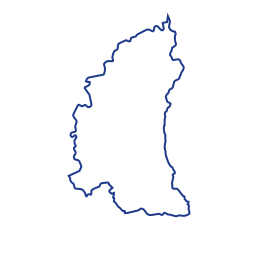 the border of Lérida, rotated 166°
{"feature_id": "ESP-5831", "entity_name": "Lérida", "entity_type": "Autonomous Community", "adm_level": 1, "iso_a3": "ESP", "parent_name": "Spain", "parent_adm1": "", "projection": "mercator", "projection_center": [0.993, 42.04], "detail": "fine", "context": "isolated", "style": "outline", "palette": "blue", "viewbox_px": 256, "rotation_deg": 166, "n_neighbors": 0, "source": "natural_earth", "source_scale": "10m", "svg_char_len": 4459}
<svg xmlns="http://www.w3.org/2000/svg" viewBox="0 0 256 256"><g transform="rotate(166 128 128)"><path d="M93.7,29.1L95.3,29.3L98.5,30.5L100.1,30.9L101.8,30.7L103.4,31.0L107.3,33.3L110.0,34.4L110.8,35.0L112.3,36.4L113.2,36.9L114.1,36.4L115.0,35.7L115.9,35.4L116.7,35.7L118.2,36.9L118.9,37.3L126.6,37.9L128.5,38.5L130.1,39.9L131.0,41.7L131.7,43.6L132.6,45.3L134.2,46.5L135.2,46.6L138.2,45.6L149.5,45.7L151.6,46.2L151.2,48.0L151.7,48.5L152.5,48.5L153.3,48.9L154.9,51.9L156.6,54.3L158.2,58.5L159.5,60.2L159.1,61.0L158.6,62.2L158.5,63.4L159.2,63.9L159.2,64.4L157.7,67.0L157.4,68.4L159.4,68.1L161.0,69.6L161.4,71.5L159.6,72.8L159.0,73.0L157.5,73.7L160.1,77.8L160.1,79.3L161.2,80.1L166.7,80.8L167.4,80.7L168.5,80.1L169.0,79.4L169.4,78.7L170.0,78.2L172.5,77.8L175.7,77.4L178.6,76.2L179.6,72.8L179.9,72.5L180.2,72.3L180.4,72.4L180.7,72.8L181.8,73.2L182.9,73.2L183.9,72.7L184.7,71.7L185.0,71.9L185.2,72.1L185.3,72.4L185.2,72.8L185.4,74.9L185.9,76.8L186.7,78.6L188.0,79.9L193.9,82.1L194.2,82.8L194.2,86.4L194.6,87.3L196.2,89.5L196.5,90.4L196.6,91.4L196.5,92.3L196.3,93.3L197.1,95.9L185.5,98.1L182.9,101.3L182.6,102.1L182.6,102.9L183.3,107.4L183.7,108.2L184.2,108.8L187.0,110.3L187.4,110.8L187.6,111.8L187.5,112.9L187.2,113.9L186.6,114.6L185.6,115.3L185.3,115.6L184.9,116.5L184.7,117.0L184.7,117.5L185.5,120.6L185.3,121.7L184.8,122.2L183.6,122.6L183.2,123.1L183.1,123.8L183.5,125.9L183.4,127.2L183.1,128.4L182.5,129.4L180.5,131.2L180.3,132.1L180.4,133.1L180.8,133.6L181.3,133.8L183.5,132.8L184.2,132.8L184.8,133.1L185.4,134.0L185.5,135.0L185.2,135.9L184.5,136.7L183.6,137.2L180.7,137.1L179.9,137.4L179.2,138.2L179.0,139.1L178.9,142.2L176.4,146.3L176.3,147.7L178.0,152.0L178.1,153.2L177.8,154.4L171.4,161.9L170.7,162.4L169.9,162.4L167.7,160.4L166.9,160.2L164.3,160.8L163.5,160.4L161.9,158.1L160.9,157.7L159.7,157.8L158.7,158.3L157.9,159.3L157.7,160.1L157.4,169.6L160.3,177.0L160.2,177.8L155.9,178.8L154.5,180.0L154.1,182.0L155.8,182.3L157.5,183.5L156.1,185.4L154.2,186.5L139.3,185.7L138.7,185.9L138.1,186.4L136.6,189.1L135.8,192.2L135.9,195.0L135.7,196.1L134.7,196.9L132.3,197.7L131.1,197.8L127.1,196.6L126.3,196.8L126.1,197.5L126.2,199.5L126.1,200.3L124.6,203.4L122.6,205.9L119.5,206.8L118.8,207.6L117.6,210.9L116.6,212.1L109.4,213.6L108.5,213.5L106.1,211.8L105.3,211.6L104.7,211.9L104.4,212.4L103.8,213.7L102.7,214.9L98.4,214.9L96.4,216.5L85.9,218.9L83.6,218.3L81.3,216.2L80.5,215.8L79.8,216.1L79.2,216.8L78.5,218.7L77.8,219.6L76.8,220.1L75.8,220.1L74.9,219.7L74.2,218.8L72.4,215.3L71.7,214.7L70.8,214.5L69.9,214.9L69.3,215.7L68.8,221.6L64.5,221.3L62.2,226.9L61.7,224.0L61.5,221.3L63.8,216.1L63.5,214.0L62.6,212.4L61.4,211.2L59.9,210.4L59.2,210.2L58.9,207.8L60.2,205.9L61.1,202.6L61.2,200.2L61.1,197.9L61.4,197.2L62.3,196.3L64.9,195.5L65.6,195.2L65.9,194.9L66.0,194.6L66.0,194.4L66.2,194.0L66.6,193.3L67.1,192.5L68.8,190.4L69.3,189.6L69.6,188.9L69.2,187.8L68.8,187.0L68.6,186.0L68.5,185.1L68.5,184.2L68.0,183.2L67.3,182.9L66.4,182.8L65.4,182.9L62.7,182.5L61.9,182.1L61.4,181.4L61.1,180.5L60.7,177.8L59.4,174.8L59.3,173.9L59.3,172.9L60.6,170.9L62.8,168.9L64.0,166.9L64.6,166.1L65.3,165.6L65.5,165.0L66.0,164.1L66.4,163.7L67.0,163.3L67.7,163.1L70.8,162.5L71.7,161.9L72.5,160.9L73.4,158.9L74.6,156.9L75.0,156.4L75.5,156.0L76.3,155.7L78.0,155.3L78.8,154.7L79.4,153.8L80.2,152.4L81.5,151.5L82.3,151.2L82.8,150.4L83.4,149.7L83.8,148.9L83.6,144.8L83.4,144.0L83.1,143.5L82.3,142.9L81.0,141.7L80.9,141.0L81.3,140.2L81.8,139.5L82.6,138.8L83.4,138.3L84.1,138.1L84.7,137.8L85.1,137.3L85.8,136.0L86.2,135.4L86.9,134.8L87.9,134.4L88.3,134.0L88.7,133.3L89.1,131.9L89.0,131.0L89.0,130.2L90.3,127.5L91.7,122.5L91.7,121.8L92.6,121.2L93.0,120.1L93.4,118.7L93.7,116.1L93.9,114.9L93.7,113.6L93.4,112.9L93.6,111.6L93.9,110.4L94.2,109.5L94.9,105.7L95.1,105.1L95.5,104.6L96.1,103.4L96.9,101.1L97.1,100.3L97.3,98.1L97.3,96.5L97.2,95.9L97.7,94.3L97.8,93.1L97.8,90.8L97.3,85.5L96.6,82.6L96.1,81.0L95.6,80.3L95.2,79.8L94.8,79.5L94.5,79.0L94.2,78.1L94.1,76.8L93.9,75.9L93.4,74.9L93.2,74.0L93.5,72.9L94.1,72.5L94.8,72.4L95.2,72.4L95.5,72.2L95.9,71.9L95.9,71.6L96.1,70.9L95.9,69.6L96.2,68.5L96.5,67.8L97.0,67.4L97.4,66.3L97.9,65.3L98.3,64.6L98.6,64.0L98.7,63.5L98.8,62.7L99.0,61.0L99.1,60.3L99.4,59.5L99.4,59.0L99.1,58.5L98.1,57.9L96.2,57.5L95.4,57.2L94.6,56.5L93.9,55.4L92.6,52.0L90.9,48.7L89.8,47.8L90.0,47.5L90.1,45.5L89.4,43.6L88.4,42.2L87.1,41.8L87.6,40.5L88.0,40.0L88.6,39.5L87.6,38.1L88.9,34.6L88.7,31.9L89.1,30.1L91.2,29.3L93.7,29.1Z" fill="none" stroke="#1e3a8a" stroke-width="2"/></g></svg>